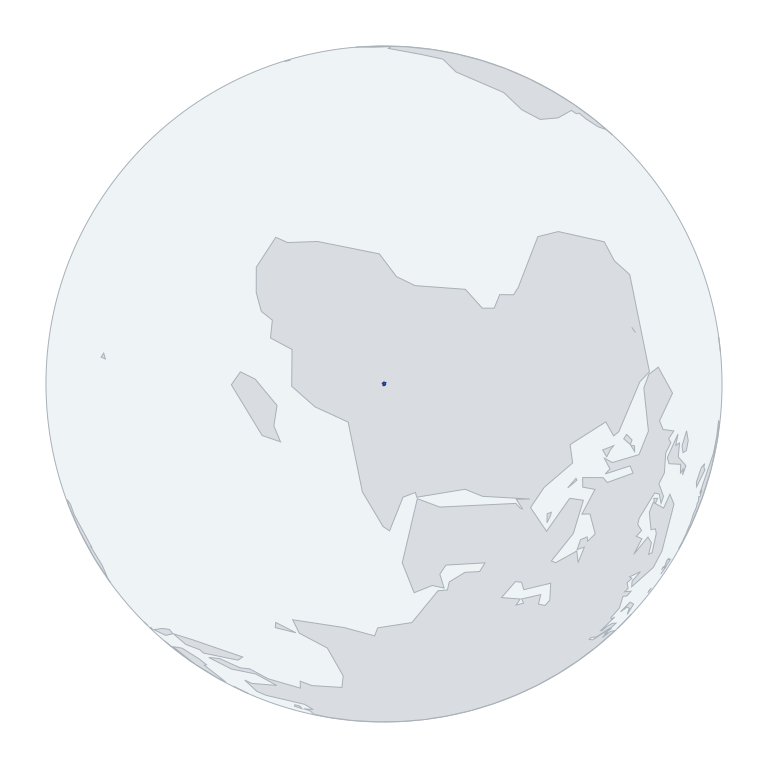 the Earth from above Ruyigi, rotated 125°
{"feature_id": "BDI-2635", "entity_name": "Ruyigi", "entity_type": "Province", "adm_level": 1, "iso_a3": "BDI", "parent_name": "Burundi", "parent_adm1": "", "projection": "orthographic", "projection_center": [30.363, -3.445], "detail": "fine", "context": "on_globe", "style": "filled", "palette": "blue", "viewbox_px": 768, "rotation_deg": 125, "n_neighbors": 0, "source": "natural_earth", "source_scale": "10m", "svg_char_len": 6261}
<svg xmlns="http://www.w3.org/2000/svg" viewBox="0 0 768 768"><g transform="rotate(125 384 384)"><circle cx="384" cy="384" r="338" fill="#eef3f6" stroke="#a8b0b8"/><path d="M49.0,339.6L48.2,348.0L50.5,356.3L51.0,370.4L50.2,379.5L52.3,381.5L52.4,387.4L66.2,394.1L77.7,407.8L80.3,428.4L76.6,453.1L87.1,504.0L84.1,522.1L92.7,542.5L106.6,572.9L103.6,571.8L114.1,585.7L120.4,594.9L121.0,596.2L124.6,600.6L109.1,580.5L95.1,559.3L82.7,537.0L72.1,514.0L63.2,490.2L56.1,465.8L50.9,440.9L47.6,415.7L46.1,390.3L46.6,364.9L49.0,339.6ZM175.3,649.6L171.8,646.3L174.0,647.7L176.9,650.5L175.3,649.6ZM688.8,238.1L694.6,251.9L694.2,257.8L696.1,263.5L691.3,255.3L691.9,265.2L706.6,301.9L708.7,311.9L706.4,328.3L705.1,320.6L692.4,298.9L695.1,322.6L705.0,345.5L708.5,370.7L703.2,361.2L699.0,339.0L694.4,330.7L691.9,309.8L681.1,278.1L675.5,282.2L672.4,270.1L656.7,244.4L646.5,250.0L632.8,279.0L636.7,310.4L629.5,323.6L606.3,276.8L595.7,247.2L587.4,249.3L563.4,224.3L522.4,221.2L516.4,213.9L508.7,217.0L491.8,209.6L482.8,198.1L472.6,198.7L496.8,229.4L507.7,229.2L516.7,217.7L521.4,228.9L537.7,239.6L520.0,266.5L458.8,290.9L452.8,267.7L406.2,207.5L407.6,201.0L407.4,200.3L406.8,199.0L402.6,209.5L394.5,198.5L419.5,238.9L423.7,257.2L458.0,292.3L454.8,296.0L465.8,303.5L501.1,295.2L501.3,303.0L484.7,339.9L435.8,391.5L442.3,427.4L438.8,458.3L408.5,479.1L411.4,503.4L395.7,512.1L394.9,526.1L382.4,541.1L361.6,555.6L325.9,556.8L323.5,544.2L305.4,520.2L280.1,462.4L288.9,435.3L285.6,415.0L259.8,371.7L265.5,346.9L258.6,337.2L244.4,340.5L236.6,329.0L228.0,329.4L175.0,342.5L159.2,328.7L141.2,285.1L151.0,265.9L153.4,245.5L221.7,173.6L235.4,175.7L288.4,164.3L294.8,166.1L287.8,180.6L326.9,196.8L340.5,184.2L376.7,193.5L401.2,193.1L411.4,166.4L371.1,166.3L364.9,154.0L397.8,143.2L433.1,145.4L431.8,140.8L410.2,130.3L418.9,122.6L402.7,126.3L408.8,130.8L398.8,133.7L392.7,129.9L396.0,127.0L385.6,125.0L372.3,140.8L377.1,147.2L349.3,150.7L354.5,162.0L346.7,167.6L335.0,150.8L336.6,144.6L314.2,128.9L309.9,135.4L330.8,151.2L324.0,150.2L318.4,160.9L317.3,151.9L295.6,134.6L270.9,140.4L238.3,168.8L224.2,172.6L212.9,169.0L226.0,142.4L256.1,137.2L261.2,129.3L256.2,119.7L265.7,119.4L267.4,115.4L278.9,113.7L296.1,103.3L308.0,101.6L315.8,90.5L322.9,88.6L316.3,95.3L318.0,99.8L347.5,98.0L353.5,95.6L356.2,89.0L364.0,90.0L362.8,84.0L380.3,81.7L358.0,80.0L360.6,73.9L371.7,69.5L368.5,67.6L350.5,75.1L346.9,78.5L350.2,81.7L336.9,93.1L326.5,95.5L325.3,83.8L310.4,86.5L316.0,77.6L361.4,60.5L379.8,58.2L408.0,64.8L403.2,67.7L390.6,66.3L401.2,72.3L400.9,69.5L407.3,70.9L411.4,66.8L416.2,67.7L412.0,62.8L418.3,63.5L420.9,66.5L432.3,62.7L445.7,64.1L446.0,62.9L442.5,61.3L461.9,65.1L461.2,64.1L454.7,62.4L449.1,59.7L446.8,56.8L453.6,58.2L455.4,59.4L469.3,64.9L472.9,68.9L475.5,69.4L473.9,66.3L457.0,59.5L453.7,57.4L462.5,60.2L459.0,59.0L459.5,58.5L466.4,59.7L457.0,56.7L453.2,53.2L476.4,59.0L499.1,66.3L521.2,75.2L542.7,85.6L563.3,97.6L583.1,111.0L601.9,125.7L619.5,141.7L636.1,158.9L651.3,177.3L665.2,196.7L677.8,217.0L688.8,238.1ZM197.6,207.5L195.5,213.4L195.5,213.5L197.6,207.5ZM470.5,163.0L491.6,165.2L482.0,149.1L489.3,149.0L483.4,143.9L481.2,148.0L466.6,134.8L475.7,131.2L473.1,125.1L465.9,124.2L451.6,133.2L472.3,151.5L467.5,157.6L470.5,163.0ZM164.3,127.3L161.3,129.9L153.6,137.1L157.8,133.0L153.7,136.7L154.1,136.3L164.3,127.3ZM265.2,98.1L268.7,99.7L263.8,104.3L248.8,109.3L255.8,102.4L265.2,98.1ZM274.9,101.2L277.8,89.8L287.3,87.2L281.5,90.4L287.4,89.8L279.7,95.0L285.8,104.8L281.8,109.7L256.3,114.5L266.9,109.8L262.8,108.1L274.9,101.2ZM268.7,74.4L270.1,71.9L288.8,69.0L285.3,71.8L270.2,76.2L265.3,75.6L268.7,74.4ZM350.3,47.8L350.7,47.8L343.4,48.5L349.4,48.3L339.6,49.4L340.9,49.4L333.5,50.6L326.7,52.3L322.4,52.9L321.6,53.4L316.7,54.7L314.2,55.7L305.5,57.5L301.8,59.1L299.8,59.1L295.7,61.6L294.9,60.6L288.4,62.8L292.6,62.6L252.0,74.3L235.6,81.6L222.3,88.8L222.7,87.4L235.4,80.5L241.1,77.8L267.3,66.9L294.4,58.2L322.1,51.8L350.3,47.8ZM302.8,160.5L307.9,160.8L316.0,159.8L312.6,167.1L302.8,160.5ZM287.6,148.7L292.3,147.5L291.4,156.2L286.1,156.3L287.6,148.7ZM295.6,140.0L292.6,146.8L291.0,143.2L295.6,140.0ZM320.7,94.3L325.8,93.2L326.1,94.7L322.9,97.3L320.7,94.3ZM366.3,51.1L362.9,50.6L364.6,50.2L363.3,48.7L370.5,48.4L374.1,49.1L366.3,51.1ZM404.2,170.9L396.7,175.9L393.1,173.4L396.4,172.1L404.2,170.9ZM352.2,170.8L363.7,173.9L351.1,172.7L352.2,170.8ZM373.9,50.4L372.6,49.7L377.0,50.0L373.9,50.4ZM375.7,48.1L381.0,48.3L371.2,48.2L375.7,48.1ZM523.3,626.6L524.2,631.2L519.5,631.3L523.3,626.6ZM496.1,454.2L472.2,508.6L456.4,508.6L453.9,492.3L463.0,459.3L481.5,450.2L490.7,435.6L496.1,454.2ZM717.1,439.5L716.8,442.5L716.5,444.1L717.1,439.5ZM717.7,432.5L717.9,434.6L717.1,435.7L717.7,432.5ZM718.0,435.5L717.9,435.5L718.1,434.9L718.0,435.5ZM717.2,431.5L711.4,425.4L708.1,419.0L709.7,413.7L715.1,418.6L717.2,431.5ZM709.4,413.3L703.2,393.9L688.7,343.2L694.0,345.3L708.0,377.6L707.3,382.3L711.0,397.0L709.4,413.3ZM721.1,391.4L720.2,406.1L717.8,401.5L716.2,397.7L715.2,377.5L715.8,368.4L717.4,369.9L718.9,342.2L720.3,351.8L720.9,363.9L721.8,378.2L721.1,391.4ZM638.3,313.5L645.9,333.3L641.4,335.9L638.3,313.5ZM716.2,322.0L717.8,333.8L715.3,317.2L716.2,322.0ZM699.2,272.6L697.8,273.0L696.1,268.2L697.0,265.0L699.2,272.6ZM433.3,52.6L427.1,54.4L427.3,57.0L435.0,59.6L421.5,57.3L421.1,53.3L433.3,52.6ZM450.1,52.6L443.8,51.4L450.1,52.6ZM444.8,51.6L433.5,49.8L430.8,49.3L440.3,50.8L444.8,51.6ZM403.7,48.1L401.4,48.4L397.8,48.0L403.7,48.1ZM663.9,573.3L660.4,577.1L662.3,572.0L669.0,562.4L685.1,530.3L685.2,531.5L694.2,510.8L702.2,497.8L703.6,493.8L692.7,521.5L679.4,548.0L663.9,573.3ZM720.9,410.3L720.3,416.5L720.4,415.3L721.4,399.9L721.9,382.9L721.9,379.9L721.9,382.4L721.9,382.5L721.9,385.1L720.9,410.3Z" fill="#d9dde1" stroke="#a8b0b8" stroke-width="1"/><path d="M385.5,383.6L385.6,383.9L385.5,384.0L385.2,384.1L385.1,384.3L384.9,384.3L384.7,384.4L384.6,384.5L384.4,384.6L384.4,384.8L384.3,385.0L384.1,385.4L384.1,385.5L383.9,385.4L383.7,385.4L383.2,385.1L382.9,385.3L382.7,385.2L382.5,384.8L382.4,384.7L382.3,384.4L382.3,384.2L382.3,383.9L382.2,383.7L382.1,383.4L382.3,383.4L382.7,383.3L382.8,383.2L383.5,382.6L383.8,382.5L384.0,382.6L384.3,382.7L384.5,382.7L384.5,382.8L384.5,383.0L384.8,383.2L385.0,383.1L385.3,383.3L385.3,383.5L385.5,383.6L385.5,383.6Z" fill="#3b82f6" stroke="#1e3a8a" stroke-width="1.5"/></g></svg>